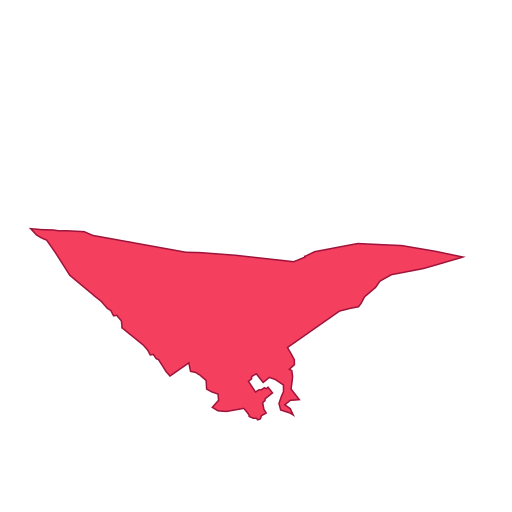 the district of Bayramaly, Mary, Turkmenistan, rotated 325°
{"feature_id": "10190150B73073283057167", "entity_name": "Bayramaly", "entity_type": "district", "adm_level": 2, "iso_a3": "TKM", "parent_name": "Turkmenistan", "parent_adm1": "Mary", "projection": "robinson", "projection_center": [62.199, 38.282], "detail": "fine", "context": "isolated", "style": "filled", "palette": "rose", "viewbox_px": 512, "rotation_deg": 325, "n_neighbors": 0, "source": "geoboundaries", "source_scale": "gbopen_adm2", "svg_char_len": 2235}
<svg xmlns="http://www.w3.org/2000/svg" viewBox="0 0 512 512"><g transform="rotate(325 256 256)"><path d="M158.3,383.8L158.5,383.8L160.4,386.9L160.6,387.3L163.2,389.1L163.4,390.7L163.4,391.2L166.2,391.9L168.9,389.9L174.2,390.5L174.4,389.3L174.4,389.2L174.5,386.1L177.4,379.9L178.5,379.8L180.4,379.6L180.6,379.4L181.6,378.2L191.0,377.6L190.9,375.7L190.6,370.6L190.6,370.4L188.5,370.7L187.7,369.4L187.3,368.7L183.6,368.6L181.3,367.2L177.6,367.2L177.9,354.4L181.9,354.1L183.3,352.2L188.7,352.7L189.3,363.7L197.3,363.1L201.0,368.3L204.5,377.4L200.7,382.9L196.7,385.3L196.2,385.6L190.2,390.0L187.9,396.3L193.9,404.3L195.3,407.6L196.5,400.6L194.3,394.4L201.4,393.9L205.6,396.5L209.1,398.5L208.4,385.1L213.3,379.8L216.8,375.8L219.6,370.4L218.3,367.9L225.1,367.1L227.9,363.0L228.6,357.0L229.3,349.0L240.8,349.0L258.2,349.0L276.4,349.0L292.8,349.0L303.3,353.0L310.9,356.4L315.1,355.0L321.4,351.7L336.0,350.3L343.0,347.7L346.6,348.0L356.3,349.0L363.4,352.2L386.2,362.4L423.8,375.2L424.9,375.5L424.1,374.7L406.0,355.4L388.1,337.7L381.3,331.0L363.5,317.3L363.4,317.2L356.9,312.2L346.6,304.2L342.7,302.4L318.3,291.4L306.5,286.1L295.8,284.4L295.7,284.3L295.4,285.0L283.6,282.3L246.6,249.8L240.2,244.1L212.1,221.1L200.7,212.7L134.0,145.4L129.2,137.5L115.5,126.8L109.1,122.4L104.6,118.2L95.2,111.2L87.1,104.4L87.2,104.9L88.2,112.6L89.6,115.9L90.4,117.7L91.7,119.9L93.6,122.9L93.6,138.3L92.4,165.0L96.7,181.0L99.2,190.1L101.0,197.0L103.2,204.2L103.7,208.9L104.2,213.5L105.6,217.0L105.8,217.3L105.0,223.3L106.6,224.1L107.8,224.6L107.9,225.0L108.5,231.9L106.4,235.9L105.0,237.9L105.1,238.3L105.2,238.5L107.1,245.2L112.6,264.4L112.7,265.5L113.3,271.0L113.2,271.5L113.2,271.8L112.6,276.4L114.1,277.1L115.4,277.7L115.4,283.0L116.8,285.0L116.7,285.3L116.1,298.2L116.0,299.0L116.1,299.5L116.7,305.0L121.6,305.0L139.7,305.0L139.3,305.8L136.2,313.0L139.1,316.0L139.8,316.8L140.3,317.9L140.8,319.3L141.8,321.4L142.2,323.3L143.3,327.5L143.8,329.3L143.7,329.4L141.2,333.5L139.5,336.2L139.2,336.7L142.0,342.3L142.5,342.9L145.7,347.3L142.6,352.7L133.4,354.9L136.0,360.9L136.1,361.0L138.2,362.8L142.6,366.4L158.6,373.8L159.0,378.6L159.1,380.4L159.0,381.8L158.9,383.0L158.4,383.5L157.9,383.9L158.3,383.8Z" fill="#f43f5e" stroke="#9f1239" stroke-width="1.5"/></g></svg>